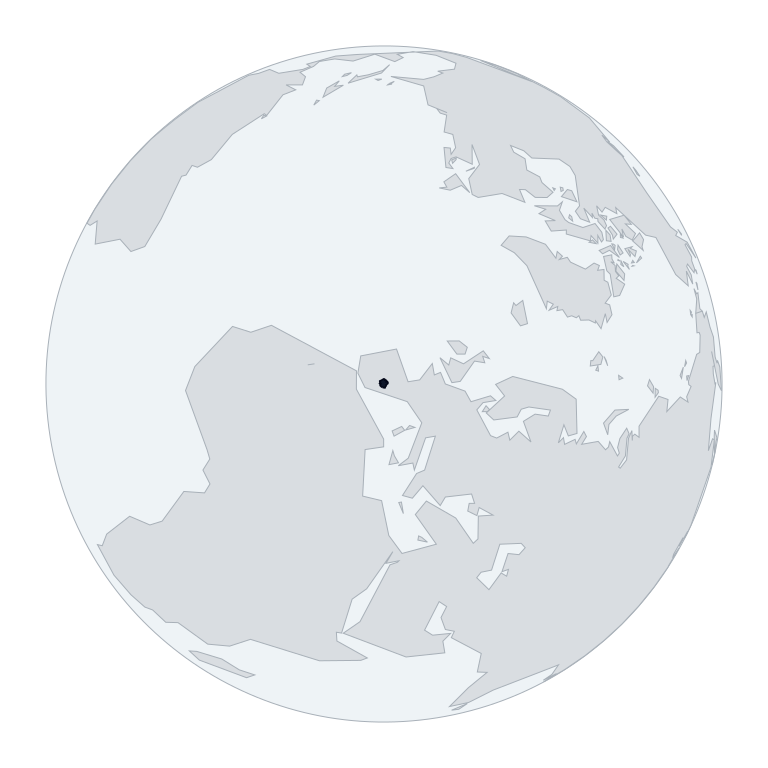 Cuenca highlighted on a globe, orthographic projection, rotated 78°
{"feature_id": "ESP-5818", "entity_name": "Cuenca", "entity_type": "Autonomous Community", "adm_level": 1, "iso_a3": "ESP", "parent_name": "Spain", "parent_adm1": "", "projection": "orthographic", "projection_center": [-2.034, 39.943], "detail": "medium", "context": "on_globe", "style": "filled", "palette": "ink", "viewbox_px": 768, "rotation_deg": 78, "n_neighbors": 0, "source": "natural_earth", "source_scale": "10m", "svg_char_len": 11214}
<svg xmlns="http://www.w3.org/2000/svg" viewBox="0 0 768 768"><g transform="rotate(78 384 384)"><circle cx="384" cy="384" r="338" fill="#eef3f6" stroke="#a8b0b8"/><path d="M96.0,560.8L88.9,547.6L82.0,534.1L69.8,507.5L53.9,452.1L54.1,442.0L52.5,430.5L58.2,422.3L59.4,397.9L58.1,390.1L55.1,393.0L53.2,363.0L56.2,341.1L69.6,261.7L75.1,248.1L81.7,235.3L119.1,176.2L87.6,222.4L95.9,207.7L108.7,188.4L109.1,188.3L127.8,165.1L139.8,151.4L166.4,127.8L194.3,112.9L185.9,119.1L193.6,115.6L204.6,107.8L210.0,103.8L251.5,87.3L289.9,71.1L296.5,65.5L299.4,67.8L308.3,58.0L325.7,52.7L309.4,59.3L310.3,60.6L323.7,56.7L327.5,57.4L336.2,56.2L339.6,57.6L329.8,62.2L331.8,63.5L341.2,60.8L350.5,61.2L336.4,64.8L351.2,66.0L337.6,75.9L297.2,87.6L292.8,97.1L259.6,120.7L265.8,120.8L257.2,130.9L261.2,135.0L253.9,139.0L263.4,139.0L269.3,134.7L275.4,133.4L278.3,135.7L269.5,140.9L266.8,140.5L265.7,143.3L260.1,145.1L264.5,145.5L253.5,152.0L268.5,149.2L263.2,157.5L254.8,160.9L250.4,155.7L219.8,153.6L209.9,156.9L200.4,166.0L193.7,192.4L185.0,198.7L177.0,210.6L184.2,208.9L193.0,199.2L204.4,199.8L213.8,188.6L219.8,187.6L231.6,178.8L235.5,185.7L232.9,197.3L223.3,205.3L221.9,211.0L235.6,208.4L222.2,228.9L221.1,253.1L217.0,258.3L200.7,258.4L189.1,244.9L168.0,248.1L187.4,252.0L176.8,266.3L177.4,271.5L181.3,274.7L187.6,271.8L185.1,278.4L165.1,276.1L167.0,270.1L173.3,270.6L167.8,264.8L154.2,264.8L150.0,272.8L134.0,266.8L130.7,272.7L125.4,275.2L131.7,265.9L120.1,282.9L100.7,283.2L84.6,313.3L94.3,281.9L93.9,271.3L92.1,261.8L89.2,266.4L90.7,249.6L85.2,246.9L73.3,264.7L64.9,286.5L64.3,302.4L68.7,297.4L70.9,306.4L59.5,324.4L61.7,347.1L55.8,364.6L55.1,380.1L58.7,386.9L61.6,401.3L67.1,396.9L74.5,401.6L71.1,417.6L77.9,409.2L80.1,422.7L96.9,442.9L94.7,444.9L108.3,480.5L128.6,506.2L133.2,521.4L130.3,526.3L138.5,534.2L138.7,538.8L176.5,567.9L199.8,589.4L201.8,604.0L187.5,612.1L187.1,637.4L164.9,630.7L167.7,638.5L165.0,641.1L152.9,630.5L131.9,609.0L112.9,585.7L96.0,560.8ZM79.3,321.8L82.3,356.6L76.0,346.3L78.0,346.1L78.3,335.1L77.1,319.9L72.8,312.1L79.3,321.8ZM91.0,315.7L90.1,311.0L91.7,314.5L91.0,315.7ZM211.8,102.0L204.4,107.7L193.1,114.9L198.7,109.9L211.8,102.0ZM234.0,90.5L231.7,92.8L223.3,95.4L227.3,93.2L234.0,90.5ZM300.5,62.0L293.7,64.5L299.0,61.9L300.5,62.0ZM336.8,55.8L337.5,55.1L341.7,54.8L336.8,55.8ZM228.7,175.8L230.1,177.3L227.2,178.1L228.7,175.8ZM232.5,170.8L228.1,170.7L229.3,168.3L231.9,168.4L232.5,170.8ZM350.8,57.0L357.3,57.3L349.0,57.7L350.8,57.0ZM237.6,171.5L231.9,164.2L234.0,160.2L245.9,157.4L237.6,171.5ZM360.0,58.0L376.0,59.4L378.9,57.5L379.7,64.4L365.8,60.4L355.1,61.0L360.8,59.4L360.0,58.0ZM269.9,132.4L263.7,137.1L266.2,131.2L269.9,132.4ZM270.0,129.0L268.8,114.1L279.3,108.8L277.6,114.6L289.1,106.7L294.8,111.3L289.8,116.8L281.8,119.1L290.1,119.2L270.0,129.0ZM377.6,68.3L380.0,69.6L375.6,69.2L377.6,68.3ZM278.0,132.5L276.8,129.7L285.9,124.9L289.9,129.6L285.7,129.6L278.0,132.5ZM289.3,102.6L296.7,100.1L303.4,103.1L307.2,102.7L295.8,111.0L289.3,102.6ZM285.1,131.9L291.7,132.2L290.1,136.7L279.8,135.0L285.1,131.9ZM286.6,121.7L291.0,119.8L289.8,122.3L286.6,121.7ZM288.0,153.9L286.4,150.1L290.9,147.2L288.0,153.9ZM294.3,132.1L294.8,130.6L296.4,129.1L300.3,130.4L294.3,132.1ZM301.3,112.8L302.6,114.8L306.3,109.5L311.5,112.0L303.0,117.3L308.8,116.0L310.4,116.8L301.7,120.3L301.3,112.8ZM309.2,127.4L300.1,135.7L302.1,143.1L298.1,145.8L295.6,133.6L309.2,127.4ZM305.5,122.9L306.9,126.2L301.2,127.6L296.8,126.2L305.5,122.9ZM318.0,111.9L312.3,106.7L314.4,105.8L318.0,111.9ZM310.9,129.2L313.0,127.2L311.7,129.6L310.9,129.2ZM317.1,116.8L314.8,115.0L317.2,113.9L317.1,116.8ZM319.2,125.0L316.3,127.5L313.2,126.5L319.2,125.0ZM319.1,121.0L323.0,120.1L313.8,124.6L317.7,120.3L319.1,121.0ZM319.7,116.1L320.4,114.9L320.4,117.0L319.7,116.1ZM332.6,127.7L321.8,133.7L315.0,131.3L326.4,125.7L332.6,127.7ZM594.5,119.6L594.3,119.5L597.1,122.0L591.1,117.5L604.3,129.1L596.4,123.4L610.6,136.0L614.1,137.9L605.4,129.2L621.1,143.6L622.1,144.2L638.8,162.1L654.2,181.1L668.2,201.1L680.7,222.2L691.6,244.1L700.9,266.7L708.6,289.9L703.1,275.4L706.9,289.8L703.0,280.2L695.0,271.7L698.4,292.6L706.1,340.8L713.1,367.5L713.1,387.0L698.6,364.6L687.5,343.1L685.1,352.6L667.8,344.9L646.1,370.9L640.5,366.6L636.9,375.0L624.3,376.8L614.7,369.0L608.3,375.3L633.2,395.5L639.8,388.7L641.8,370.7L647.8,379.9L659.6,380.4L655.6,419.2L619.3,475.7L611.5,456.9L562.1,415.7L561.2,408.0L560.8,407.3L560.0,406.1L559.8,419.3L549.8,410.2L580.7,443.5L587.8,459.9L618.8,477.3L616.9,482.2L625.6,483.5L648.5,457.3L649.5,464.2L641.3,504.7L606.0,567.7L608.3,589.5L601.8,610.5L574.6,635.1L571.7,647.0L556.9,657.3L552.5,664.3L537.6,675.3L514.8,687.9L481.5,697.7L483.6,693.2L473.2,686.5L460.5,660.3L473.2,642.3L472.0,629.5L447.5,602.1L453.2,582.2L445.6,575.0L430.5,579.0L421.2,570.0L411.7,570.7L349.1,579.5L327.6,565.4L296.2,520.2L305.7,503.5L303.2,481.9L365.4,408.2L383.3,412.1L437.8,395.8L445.4,397.4L444.2,416.1L489.2,428.2L497.6,410.6L533.2,410.8L553.5,401.6L551.6,366.1L518.2,380.5L507.3,366.9L530.0,341.7L558.4,329.8L555.1,324.3L532.8,319.2L534.9,304.6L524.6,316.6L532.0,320.5L525.7,328.5L518.5,325.5L519.6,320.2L509.8,321.2L507.3,347.5L514.6,354.3L491.6,367.1L501.6,380.0L496.9,389.1L478.3,370.7L476.7,362.2L445.7,344.6L445.3,354.5L474.5,372.2L467.3,372.2L466.9,387.0L461.6,375.7L429.8,355.1L406.1,364.9L383.5,403.3L368.0,407.3L351.7,400.9L352.4,364.5L386.8,360.0L387.4,348.2L374.0,332.5L385.6,332.9L384.4,326.3L396.7,324.0L407.8,306.2L419.4,302.6L417.7,282.3L423.4,278.0L422.8,291.0L428.6,298.6L456.7,290.5L460.3,285.0L456.9,272.8L465.1,272.6L458.2,261.9L471.3,252.3L449.5,255.4L444.9,242.5L449.5,230.0L444.1,226.6L436.6,247.1L437.2,255.0L443.9,260.6L442.0,284.1L433.6,290.0L420.8,268.5L407.6,274.9L403.4,256.5L426.2,210.6L438.8,199.2L472.5,205.5L473.1,214.5L461.3,216.5L477.8,225.7L473.8,219.6L480.6,219.9L477.9,208.6L482.6,208.3L472.0,198.4L477.5,196.9L484.1,203.2L484.7,186.4L494.4,181.0L492.3,177.5L487.3,175.2L502.9,170.6L500.6,168.2L494.7,168.7L486.4,164.6L477.7,155.8L483.6,154.6L487.5,157.6L504.5,162.8L514.0,171.8L515.5,170.5L508.7,162.5L487.9,156.1L481.1,151.2L490.9,152.9L486.8,151.9L485.2,149.1L489.2,145.6L478.3,143.3L453.1,117.8L458.2,109.4L469.8,113.1L458.3,96.9L464.9,90.4L459.4,90.6L450.2,84.1L448.0,86.0L444.7,85.7L420.0,72.0L418.8,68.6L401.9,64.6L399.1,65.0L399.0,67.2L379.7,64.4L378.9,57.5L385.4,56.9L380.5,53.8L396.0,53.3L406.5,52.0L426.3,54.5L432.9,53.9L430.2,52.9L437.1,52.0L460.8,55.3L453.5,57.1L420.3,56.8L434.9,56.9L435.1,58.5L442.6,59.8L452.5,60.2L451.5,59.1L485.6,71.3L516.7,80.6L505.9,74.0L507.3,72.5L533.3,81.4L584.3,112.1L585.8,113.0L594.5,119.6ZM349.8,447.8L349.4,454.6L349.8,447.8ZM592.8,333.6L607.0,324.1L593.2,308.7L597.5,304.0L591.2,300.8L592.1,307.6L575.6,297.9L579.0,287.4L573.5,279.9L568.4,282.9L564.8,304.0L588.4,317.5L588.3,328.2L592.8,333.6ZM97.5,443.3L99.1,448.8L96.1,445.7L97.5,443.3ZM72.7,351.1L74.5,356.0L74.6,360.8L72.8,358.1L72.7,351.1ZM93.4,388.4L96.6,394.7L92.3,390.9L93.4,388.4ZM83.3,361.6L90.8,384.0L82.6,378.5L78.2,364.7L82.6,370.4L83.3,361.6ZM85.3,322.7L85.9,326.7L84.1,328.7L85.3,322.7ZM92.2,318.4L91.6,317.5L92.3,313.8L92.2,318.4ZM178.0,266.4L179.5,266.8L182.4,271.0L178.9,271.2L178.0,266.4ZM208.2,278.9L203.7,289.2L204.5,281.6L198.7,283.4L193.2,270.2L214.7,260.3L205.9,266.9L208.2,278.9ZM191.8,250.9L192.9,259.7L190.8,250.5L191.8,250.9ZM365.4,294.9L371.6,298.5L369.9,306.5L355.1,313.2L357.5,301.5L365.4,294.9ZM380.8,302.0L372.2,280.0L381.0,275.7L377.5,281.7L384.2,281.0L380.4,290.7L397.3,308.9L396.8,317.3L369.9,323.8L378.9,316.7L372.3,313.3L380.8,302.0ZM334.7,238.6L331.1,230.9L354.8,231.1L355.5,238.4L340.9,244.9L331.5,240.3L334.7,238.6ZM259.9,168.8L257.0,167.3L259.4,165.6L263.9,165.6L259.9,168.8ZM286.9,152.4L275.2,174.5L271.3,173.6L269.2,188.6L258.0,192.4L259.8,182.4L249.6,197.0L246.7,189.5L240.9,199.9L245.9,177.3L242.9,171.7L250.6,176.3L260.9,172.8L264.5,169.7L272.3,156.9L270.9,144.2L280.9,139.4L288.4,139.4L290.3,141.7L283.2,144.0L290.8,145.5L281.9,150.6L286.9,152.4ZM370.2,153.0L361.2,152.9L375.0,160.2L366.2,163.9L368.3,164.6L364.0,170.2L362.5,178.4L357.7,179.2L359.2,182.1L356.3,186.2L356.7,190.6L348.4,193.8L348.2,199.6L344.3,197.9L346.2,207.2L341.1,201.8L336.9,207.1L344.1,209.5L298.0,219.6L282.7,229.2L272.7,240.6L265.2,230.8L269.7,214.4L280.9,197.0L296.7,189.7L290.4,187.0L296.1,182.9L298.7,186.7L298.2,178.4L303.6,176.2L313.5,163.1L309.4,153.4L312.9,148.7L317.2,151.4L317.7,145.0L328.3,147.1L331.0,143.9L344.2,143.2L350.9,150.9L353.5,146.8L363.6,146.6L370.2,153.0ZM336.4,127.8L346.4,135.1L346.5,141.1L323.6,139.9L319.6,142.5L304.9,142.7L305.0,134.4L309.2,135.0L313.3,133.7L311.6,136.8L316.1,133.3L322.0,134.2L327.0,131.9L328.9,134.9L336.4,127.8ZM451.0,389.2L456.4,388.8L464.1,386.2L463.9,395.9L451.0,389.2ZM429.2,375.5L433.6,373.4L437.1,385.0L431.6,385.8L429.2,375.5ZM432.9,362.8L433.5,372.4L429.9,367.6L432.9,362.8ZM426.5,288.7L430.9,286.1L432.5,288.7L431.5,293.6L426.5,288.7ZM409.3,178.5L404.1,176.8L404.6,175.0L397.1,167.2L403.0,164.3L409.9,167.8L409.3,178.5ZM547.7,374.4L543.7,383.3L539.8,381.7L541.9,378.9L547.7,374.4ZM503.1,391.5L514.8,392.0L503.0,394.2L503.1,391.5ZM414.5,174.0L410.7,171.0L416.0,171.5L414.5,174.0ZM407.0,161.8L412.7,161.4L402.9,163.0L407.0,161.8ZM642.7,579.5L615.7,622.0L604.6,629.9L606.6,622.8L619.3,599.8L633.5,585.0L641.7,570.9L642.7,579.5ZM713.9,368.9L717.7,378.5L717.1,385.7L713.9,368.9ZM459.7,149.8L463.6,163.5L470.3,172.4L480.2,175.7L467.9,177.4L457.5,163.5L459.7,149.8ZM453.3,121.6L444.6,119.6L447.1,117.2L449.5,117.4L453.3,121.6ZM448.9,122.7L440.6,126.6L434.9,123.4L442.6,120.9L448.9,122.7ZM427.9,149.2L428.7,153.2L424.3,152.7L427.9,149.2ZM531.2,79.8L523.1,76.1L517.3,73.5L531.2,79.8ZM516.5,73.3L520.1,75.1L503.5,71.8L497.8,70.3L505.8,69.5L509.7,71.4L515.4,73.2L516.5,73.3ZM382.5,68.6L380.2,69.5L380.1,68.1L382.5,68.6ZM443.7,86.9L439.1,86.3L439.1,84.2L443.7,86.9ZM426.4,83.7L429.6,86.4L423.8,84.0L426.4,83.7ZM437.2,92.6L429.7,87.7L440.4,91.8L437.2,92.6Z" fill="#d9dde1" stroke="#a8b0b8" stroke-width="1"/><path d="M387.9,383.6L388.0,383.8L387.8,383.9L387.7,384.0L387.8,384.1L387.8,384.5L387.7,384.9L387.5,385.2L387.5,385.3L387.5,385.5L387.4,385.5L387.0,385.5L386.9,385.6L386.6,386.1L386.4,386.3L386.4,386.6L386.3,386.9L386.4,387.1L385.3,387.7L385.2,387.9L384.9,387.9L384.7,387.8L384.2,387.8L384.0,387.6L383.7,387.4L383.9,388.0L383.4,387.9L382.8,388.2L382.7,387.9L382.4,388.2L381.8,387.5L381.7,387.6L381.3,387.5L381.1,387.7L380.8,387.7L380.6,387.2L380.4,387.5L380.1,387.5L380.1,387.4L380.2,387.2L379.9,386.8L379.9,386.0L380.0,385.8L379.6,385.3L379.6,385.0L379.4,384.9L379.4,384.6L379.2,384.4L379.2,384.0L379.2,383.7L378.9,383.3L378.9,383.2L379.2,383.2L379.3,383.1L379.3,382.9L379.3,382.7L379.6,382.7L379.7,382.4L379.9,382.6L380.0,382.7L380.4,382.4L380.5,382.4L380.5,382.1L380.5,381.7L380.5,381.3L380.7,381.2L380.9,381.3L381.1,381.1L381.3,381.0L381.6,381.0L381.9,381.2L381.8,380.9L381.8,380.7L381.7,380.6L381.8,380.5L382.0,380.6L382.4,380.5L382.4,380.4L382.3,380.2L382.5,380.1L382.7,380.3L382.8,380.2L382.9,379.9L383.0,379.9L383.3,380.0L383.4,379.9L383.5,379.8L383.8,379.9L384.0,380.1L384.4,380.1L384.5,380.2L384.6,380.5L384.8,381.1L385.0,381.3L385.4,381.7L385.4,381.8L385.4,382.0L385.6,381.9L385.7,382.0L386.2,382.5L386.3,382.5L386.5,382.5L386.6,382.9L386.8,383.0L387.0,383.5L387.6,383.7L387.9,383.6Z" fill="#0f172a" stroke="#020617" stroke-width="1.5"/></g></svg>